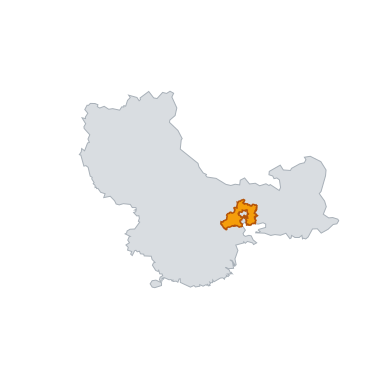 Hebei on a map of China (Mercator projection), rotated 36°
{"feature_id": "CHN-1811", "entity_name": "Hebei", "entity_type": "Province", "adm_level": 1, "iso_a3": "CHN", "parent_name": "China", "parent_adm1": "", "projection": "mercator", "projection_center": [116.359, 39.339], "detail": "fine", "context": "in_parent", "style": "filled", "palette": "amber", "viewbox_px": 384, "rotation_deg": 36, "n_neighbors": 0, "source": "natural_earth", "source_scale": "10m", "svg_char_len": 9191}
<svg xmlns="http://www.w3.org/2000/svg" viewBox="0 0 384 384"><g transform="rotate(36 192 192)"><path d="M208.8,276.8L203.0,274.5L202.5,272.0L203.5,270.7L199.3,270.0L196.8,267.9L190.9,271.8L189.5,270.7L186.6,272.3L184.3,270.8L182.8,272.6L180.9,272.1L180.1,273.2L181.0,278.5L178.9,278.3L178.2,275.6L174.0,276.9L173.0,274.3L169.7,273.7L171.2,269.8L168.3,268.7L167.5,265.2L168.2,264.2L162.5,265.2L163.2,263.6L162.4,261.7L163.7,258.6L167.4,255.6L167.4,247.1L165.8,247.2L164.9,244.2L162.9,242.4L161.4,243.8L156.8,242.9L158.1,241.1L157.5,239.6L156.2,240.3L157.1,238.6L155.7,237.6L152.8,239.7L149.4,238.3L143.3,241.8L140.7,245.2L137.7,246.3L134.5,244.6L128.4,243.5L123.9,248.4L122.7,244.5L118.3,245.9L113.8,244.4L112.9,245.3L111.7,244.4L111.0,245.4L109.6,243.5L107.2,243.4L107.3,242.0L103.2,240.3L102.6,238.8L100.3,239.0L93.5,233.1L90.7,233.0L89.3,234.6L80.4,227.5L78.9,228.0L78.8,224.6L77.2,221.7L80.9,221.8L78.7,213.7L79.8,212.2L76.7,210.3L75.7,205.8L67.4,204.0L66.2,202.7L65.9,199.3L59.4,196.6L62.7,195.2L61.7,194.0L61.4,189.5L56.8,188.3L56.1,183.5L57.3,182.8L57.7,180.1L61.4,177.5L64.6,176.7L65.2,178.6L68.0,178.3L70.6,174.3L76.0,174.0L78.8,171.2L85.4,168.3L85.1,164.5L86.8,163.3L86.1,162.2L87.9,161.5L86.0,155.8L86.5,151.9L83.8,150.9L91.9,147.9L95.6,149.3L96.0,147.5L94.7,146.4L97.9,136.1L105.7,138.4L108.8,136.9L109.7,128.7L113.5,127.2L115.0,123.4L119.1,122.9L119.9,127.0L130.3,132.9L133.4,140.1L131.8,146.8L132.8,148.9L144.5,150.5L152.7,154.6L152.6,156.1L157.3,164.2L180.0,165.3L182.9,167.6L189.9,170.0L193.4,169.3L193.4,170.6L195.5,171.0L203.5,166.8L214.9,165.9L219.6,163.9L222.3,160.4L226.4,158.2L224.1,154.1L226.3,149.7L233.8,151.7L238.1,147.7L243.1,147.2L247.0,141.9L250.5,141.5L250.9,140.0L261.7,139.5L261.0,136.3L255.6,130.8L252.4,130.8L250.5,133.0L247.9,131.6L244.1,132.8L242.4,129.9L247.6,118.4L252.9,120.5L259.0,116.7L258.6,114.4L262.6,105.9L265.7,102.3L265.2,98.9L262.5,97.8L266.7,93.6L278.4,91.7L287.5,95.4L290.5,100.4L296.1,115.7L295.9,118.5L304.6,121.4L309.3,125.0L311.3,132.8L317.8,132.6L320.8,130.0L325.9,128.3L327.6,129.0L327.9,132.6L325.3,135.3L324.0,142.2L320.7,149.3L315.0,148.1L311.2,151.1L312.4,160.2L311.6,163.1L308.7,164.2L309.2,165.3L306.4,162.5L305.5,165.8L302.0,168.3L298.1,168.6L299.2,170.9L298.6,172.2L292.2,170.2L289.0,175.0L284.1,177.7L281.3,180.8L275.0,182.6L267.5,187.6L267.2,186.5L269.8,185.5L270.4,183.9L268.0,183.9L268.0,183.0L272.4,177.4L270.5,174.6L267.5,175.1L264.5,179.0L259.6,181.8L257.8,185.0L252.5,185.3L251.9,189.4L257.6,191.5L257.7,195.5L259.2,196.6L261.3,196.5L263.5,193.6L265.7,192.7L269.6,194.8L274.2,195.1L272.7,198.3L270.9,197.6L265.9,199.4L265.2,202.2L263.1,201.8L263.6,203.0L258.6,209.2L263.5,212.3L266.1,220.9L270.5,224.9L270.2,226.0L264.6,223.8L262.5,224.7L265.5,224.5L270.5,229.3L266.3,232.8L264.3,232.8L263.2,233.5L267.9,233.2L271.6,235.4L269.0,237.4L271.1,237.4L270.9,239.2L268.8,239.2L269.8,240.1L268.9,241.7L269.5,243.5L267.4,243.3L265.6,244.9L262.5,251.8L260.5,251.0L261.8,253.3L259.9,254.7L258.5,254.3L260.6,254.9L260.6,257.9L258.7,257.7L259.1,258.7L257.8,258.8L256.3,261.7L252.7,262.4L253.7,263.6L250.6,266.8L248.6,266.5L246.6,269.9L235.7,272.0L233.5,269.1L232.7,270.0L233.6,273.3L231.6,273.4L229.3,275.5L228.3,274.5L228.1,275.7L226.5,275.1L225.0,276.5L219.7,277.6L218.5,279.5L220.1,281.5L219.4,282.6L217.3,282.2L216.3,279.6L217.5,276.9L215.9,275.9L214.0,277.2L211.1,274.9L211.2,276.2L208.8,276.8ZM220.7,283.3L222.3,285.6L218.1,291.3L215.7,292.3L212.1,290.9L211.9,287.2L214.6,284.5L220.7,283.3ZM270.6,227.0L269.1,226.8L267.7,225.4L268.8,225.7L270.6,227.0ZM272.5,234.4L271.3,234.7L271.1,234.0L272.5,234.4ZM261.6,257.0L261.0,257.7L261.1,256.7L261.6,257.0ZM219.1,279.2L220.2,278.8L220.1,279.4L219.1,279.2Z" fill="#d9dde1" stroke="#a8b0b8" stroke-width="1"/><path d="M251.4,188.3L251.5,188.3L252.2,189.6L252.7,190.2L252.4,190.4L252.4,190.7L252.4,190.9L252.3,191.1L252.0,191.4L251.5,191.5L250.8,192.7L250.4,192.6L249.0,192.7L248.0,192.7L247.9,192.9L247.8,193.2L247.4,193.4L247.2,193.9L246.4,194.7L246.2,194.5L246.2,194.1L246.1,193.9L245.8,194.3L245.7,194.5L245.5,194.8L245.7,195.2L245.5,195.4L245.4,195.4L245.1,195.3L244.7,195.4L244.4,195.6L244.4,196.0L244.1,196.3L243.9,197.0L243.6,197.4L243.5,197.7L243.2,198.1L243.0,198.4L242.9,198.5L242.2,198.8L241.6,199.6L241.3,200.3L241.6,201.0L241.9,201.3L242.1,201.7L242.1,202.1L241.6,202.5L241.4,202.5L241.2,202.0L240.9,201.9L240.6,201.9L240.3,202.1L240.2,202.4L240.1,202.5L239.8,202.6L239.7,202.6L239.7,202.4L239.4,202.1L239.2,202.2L238.8,202.1L238.4,202.2L238.1,202.2L237.5,201.8L237.3,201.7L237.2,201.6L236.7,201.5L236.0,201.4L235.8,201.1L235.6,200.9L235.2,201.0L235.0,200.9L234.8,201.1L234.4,201.0L234.3,200.7L234.0,200.5L233.6,200.3L233.6,199.9L233.4,199.6L233.2,199.4L233.3,199.1L233.1,198.9L233.9,198.7L234.1,198.4L234.2,198.1L234.6,198.1L234.6,197.6L234.5,197.1L234.5,196.7L235.0,196.2L235.2,195.6L235.9,194.6L236.0,194.1L236.1,193.6L235.7,193.2L235.6,192.7L235.3,192.2L235.1,192.1L234.7,190.9L234.2,190.6L233.6,190.4L233.5,189.7L233.6,189.3L233.6,188.7L233.9,188.1L234.2,188.0L234.3,187.7L234.5,187.6L234.9,187.2L234.5,186.5L234.6,186.3L234.8,186.1L235.0,185.7L235.7,185.4L236.1,185.7L236.8,185.6L237.0,185.3L237.3,185.2L237.5,184.4L237.7,184.2L237.7,183.9L238.0,183.3L238.0,183.0L237.7,182.7L237.4,182.3L237.4,181.3L237.4,181.2L236.7,181.0L236.5,180.9L235.9,180.8L235.7,180.4L235.3,180.2L235.6,179.6L235.8,179.8L236.0,179.4L236.1,179.2L237.6,178.6L237.9,178.5L237.9,178.4L237.6,178.2L236.9,178.2L236.8,177.5L236.8,177.1L236.6,176.8L236.3,176.5L236.3,176.0L236.1,175.7L235.9,175.5L235.8,175.2L235.7,174.9L235.2,174.3L234.8,173.9L235.1,173.9L235.2,173.6L235.5,173.6L235.5,173.0L235.3,172.9L235.2,172.8L235.3,172.0L235.7,171.4L236.2,171.2L236.5,171.0L236.7,169.6L237.1,169.1L237.5,168.8L237.6,168.6L237.8,168.1L238.0,167.8L238.3,167.7L239.0,167.7L239.4,167.7L239.4,168.1L239.7,169.0L239.8,169.5L239.6,169.6L239.5,169.8L239.6,170.1L239.5,170.9L240.5,170.8L241.1,171.0L241.3,170.8L241.6,170.8L241.6,170.7L241.5,170.4L241.6,170.2L242.7,169.8L244.0,168.9L244.2,169.0L244.7,169.7L244.8,169.7L245.1,169.3L245.4,169.2L245.8,168.8L246.2,168.5L246.4,168.6L246.5,168.8L246.9,168.7L247.2,169.0L248.1,168.6L248.4,168.4L248.5,168.2L248.3,167.8L248.5,167.5L248.5,167.3L248.2,166.7L248.3,166.5L248.5,166.2L249.4,165.7L250.1,165.6L250.5,165.8L250.8,165.8L251.0,165.2L251.3,164.8L251.6,165.2L252.5,164.9L252.6,165.2L253.5,166.2L253.5,166.5L253.6,166.9L253.4,167.1L253.9,167.5L253.9,167.8L254.0,168.2L254.0,168.4L254.3,168.4L254.4,168.1L254.5,168.0L254.7,168.5L254.6,169.1L254.9,169.4L254.8,169.8L254.7,170.0L254.4,169.8L254.2,169.8L254.1,170.0L254.5,170.9L254.8,171.0L254.7,171.8L254.9,171.9L254.9,172.3L255.0,172.6L255.3,172.5L255.6,172.4L256.6,172.5L257.0,172.2L257.3,172.5L258.6,172.6L258.9,172.6L258.8,173.1L258.6,173.4L258.0,174.0L257.6,174.1L257.6,174.3L257.9,174.5L257.8,174.8L257.4,174.7L257.2,175.3L257.2,175.5L258.1,176.5L258.4,176.5L258.6,176.2L258.7,176.7L258.9,177.1L259.2,177.2L260.4,177.2L260.5,177.6L260.5,178.2L260.7,178.7L260.7,179.1L261.2,179.1L261.2,179.8L261.5,180.1L261.7,180.4L261.3,180.6L260.8,180.7L260.3,181.0L260.2,181.2L260.2,181.4L259.9,181.4L259.5,181.8L259.4,182.0L259.1,182.7L258.8,182.8L259.0,182.8L258.9,183.0L259.0,182.8L259.0,183.3L259.2,183.6L259.1,183.9L259.0,184.0L258.7,184.1L257.9,185.0L257.5,185.4L257.4,185.3L257.6,185.2L257.3,185.1L257.3,184.9L257.2,185.1L256.2,185.2L255.8,185.2L255.7,185.3L255.8,185.4L254.9,185.9L254.5,185.8L254.1,185.1L253.9,184.9L253.5,184.8L253.5,184.1L253.3,184.0L252.9,183.8L252.9,183.7L253.0,183.0L253.0,182.9L252.9,182.8L252.6,182.8L252.3,182.8L252.2,183.0L252.0,182.9L251.8,182.8L251.8,182.5L251.8,182.3L251.6,182.2L251.5,181.9L251.3,181.8L251.3,181.3L251.2,181.1L251.3,180.7L251.2,180.4L251.3,180.3L251.8,180.6L252.4,180.5L252.5,180.4L252.3,180.2L251.9,179.8L251.7,179.6L251.4,179.3L251.0,179.0L250.4,178.8L250.3,178.6L250.1,178.3L250.0,177.7L249.8,177.4L249.9,177.2L250.1,177.0L250.4,176.9L250.8,176.8L250.9,176.6L251.1,176.5L250.3,176.5L249.8,176.3L249.3,176.4L248.8,176.1L247.5,174.8L247.4,174.2L247.2,174.2L247.2,174.5L246.7,174.8L246.5,175.1L246.4,175.1L246.2,174.9L246.1,175.1L246.6,175.7L246.6,175.9L246.1,175.9L245.9,176.0L245.5,175.9L245.1,176.5L244.7,176.8L244.0,176.8L243.3,177.1L244.1,178.3L244.3,178.8L244.0,179.0L243.8,179.4L242.6,179.8L242.4,179.9L242.2,180.3L242.0,180.5L242.3,180.8L242.3,181.2L242.6,181.5L242.4,181.6L242.2,181.6L242.0,181.8L242.2,182.5L242.5,182.7L243.0,182.7L243.1,182.9L243.4,183.2L243.6,183.0L244.3,182.8L244.6,182.9L245.4,182.8L245.6,183.2L245.9,183.4L246.4,183.6L246.5,183.5L246.6,183.4L246.4,183.2L246.9,182.9L247.0,182.7L247.3,182.6L248.1,182.6L248.1,183.3L248.3,184.1L248.2,184.9L248.3,185.0L248.5,185.2L248.6,185.4L248.5,185.5L247.6,186.1L247.6,186.7L247.7,187.2L248.0,187.4L248.3,187.6L248.5,187.9L249.1,187.8L249.3,188.2L249.9,188.4L250.1,188.6L251.4,188.3ZM250.0,179.8L249.6,180.6L249.7,180.9L249.8,181.0L250.1,181.2L249.8,181.4L249.9,181.7L249.7,182.5L248.4,182.1L248.6,181.6L248.6,181.2L248.4,181.3L248.0,181.0L247.8,180.6L247.9,180.2L248.2,180.1L248.9,180.1L249.3,180.0L250.0,179.8ZM256.2,185.7L256.3,185.8L256.1,186.3L255.7,186.6L255.6,186.4L255.6,185.9L255.8,185.8L255.9,186.1L256.2,185.8L256.2,185.7L256.2,185.7Z" fill="#f59e0b" stroke="#b45309" stroke-width="1.5"/></g></svg>